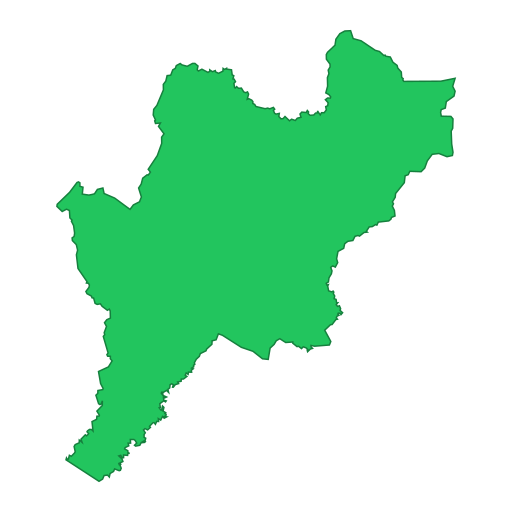 Tonkpi, Dix-Huit Montagnes, Ivory Coast
{"feature_id": "98640826B98350089255378", "entity_name": "Tonkpi", "entity_type": "district", "adm_level": 2, "iso_a3": "CIV", "parent_name": "Ivory Coast", "parent_adm1": "Dix-Huit Montagnes", "projection": "albers", "projection_center": [-7.715, 7.368], "detail": "fine", "context": "isolated", "style": "filled", "palette": "green", "viewbox_px": 512, "rotation_deg": 0, "n_neighbors": 0, "source": "geoboundaries", "source_scale": "gbopen_adm2", "svg_char_len": 5968}
<svg xmlns="http://www.w3.org/2000/svg" viewBox="0 0 512 512"><path d="M209.8,69.9L209.9,71.2L208.0,72.4L201.9,69.2L198.4,71.0L197.2,69.8L198.0,66.0L194.9,63.4L192.6,63.4L187.2,66.3L182.0,64.9L180.2,63.5L176.3,65.6L175.3,68.4L172.8,69.8L170.7,75.2L167.1,75.6L165.8,81.1L163.3,84.4L163.4,89.9L156.9,105.4L153.7,109.3L153.2,115.0L155.5,120.0L154.7,120.8L155.5,123.5L160.4,123.0L158.5,126.4L164.0,133.8L161.6,137.2L161.7,143.4L157.3,155.6L148.2,169.3L150.4,172.1L148.3,175.0L147.1,174.8L142.7,178.2L141.2,184.1L138.6,188.0L141.4,197.0L139.5,201.8L133.4,204.9L130.0,209.4L114.7,198.1L104.1,193.5L102.9,188.0L97.4,189.4L94.5,193.8L92.3,194.4L88.9,195.1L82.3,194.1L83.0,187.2L79.9,186.3L79.9,182.8L78.5,181.9L77.0,182.5L69.6,192.3L57.2,204.3L56.9,206.4L62.2,211.5L66.5,209.2L69.4,210.5L69.9,217.9L72.0,220.1L71.4,221.2L73.6,225.6L74.6,233.1L74.1,236.5L72.1,237.9L72.4,240.6L76.3,244.6L77.6,250.2L76.4,254.8L78.0,268.5L87.0,281.6L86.4,283.0L88.4,283.3L89.4,285.0L89.0,287.3L85.9,291.5L87.0,293.7L91.3,296.0L92.1,297.9L93.6,298.0L95.1,303.4L97.2,304.4L100.4,303.8L102.1,306.3L107.4,310.3L109.3,309.1L110.2,310.9L110.4,318.1L106.8,319.7L104.5,322.7L106.5,326.4L104.2,332.7L104.7,334.7L103.3,336.4L108.1,353.0L106.9,354.6L107.6,356.2L110.4,356.3L110.3,358.7L112.1,360.9L108.4,366.9L98.5,371.5L100.6,383.6L103.1,388.4L102.8,389.6L97.9,390.5L97.8,393.4L95.9,395.2L98.6,403.7L100.0,404.6L101.1,404.1L102.4,400.8L102.3,405.5L96.9,411.1L99.4,415.2L99.0,416.1L96.9,416.2L96.6,419.3L92.0,421.6L93.0,431.0L91.5,429.5L89.5,429.4L87.5,430.9L87.0,431.8L88.6,433.5L88.0,434.5L86.6,435.8L85.3,434.8L81.0,439.2L82.1,442.4L79.3,440.1L79.2,442.8L75.2,444.6L74.1,446.5L75.2,451.6L74.6,452.9L71.3,456.3L69.4,455.3L68.4,459.1L67.4,459.4L66.5,457.9L66.0,459.8L99.0,481.3L102.6,479.1L104.1,475.5L107.6,475.1L109.3,477.0L110.1,473.5L113.6,471.4L114.6,468.9L119.2,470.7L120.4,470.3L121.2,468.2L120.0,465.1L121.2,463.8L119.3,464.7L118.8,463.4L122.9,461.5L122.0,458.9L118.8,455.9L120.7,455.3L122.3,457.8L123.6,457.7L123.6,455.0L127.6,455.4L128.0,452.9L129.7,453.5L127.9,452.5L127.8,450.7L124.6,448.9L125.1,447.6L128.8,445.8L128.1,443.2L130.6,443.1L130.3,439.5L133.9,439.5L135.2,440.5L136.7,443.1L134.5,445.2L135.6,446.1L139.8,445.3L141.1,442.8L144.7,442.4L145.2,441.7L143.2,441.4L145.2,440.3L145.7,438.2L144.1,437.4L144.1,434.5L145.3,432.8L143.5,429.9L145.0,428.6L147.6,429.9L150.4,427.4L149.5,426.3L153.0,422.7L154.1,422.6L155.4,424.3L156.7,421.4L158.6,421.5L158.3,418.6L160.7,420.1L162.5,416.5L164.2,418.2L166.6,416.9L164.1,416.6L165.9,415.7L166.1,414.3L164.9,413.6L165.7,412.7L162.0,410.4L163.3,410.1L163.9,407.4L162.5,406.0L161.8,409.2L160.7,409.9L159.2,407.8L160.3,407.5L159.8,403.7L163.8,400.8L165.5,401.9L166.2,400.9L163.7,400.2L163.4,396.9L164.5,396.5L164.8,397.8L166.5,397.0L163.0,395.4L162.8,393.4L162.1,394.3L161.3,393.4L161.6,392.2L163.6,392.2L166.5,390.4L168.6,392.4L167.9,389.4L169.7,387.9L170.1,384.7L171.7,383.8L173.3,384.6L172.6,387.2L173.3,387.2L175.3,384.6L178.6,383.6L177.6,382.0L181.1,381.3L181.3,379.1L183.5,379.0L186.9,376.4L185.2,375.3L186.2,373.0L188.1,374.3L188.4,372.1L191.6,372.2L191.3,370.2L193.2,368.8L191.7,368.1L193.7,366.8L193.6,365.2L194.8,364.4L194.4,362.7L196.3,359.2L199.3,356.4L200.3,353.6L206.0,350.8L206.6,349.1L211.9,344.3L212.1,340.8L216.1,339.8L218.4,333.8L222.5,335.3L241.3,347.3L253.0,351.3L262.5,358.8L268.2,359.4L270.1,348.1L274.1,344.4L276.3,340.7L279.8,338.7L285.7,342.5L292.8,342.0L292.8,343.2L297.0,346.6L298.6,346.3L301.5,348.6L303.3,346.8L306.3,348.0L308.1,349.8L307.2,350.1L307.6,351.7L310.4,349.0L312.5,348.4L311.0,346.8L311.0,345.4L314.5,346.2L329.4,345.0L330.8,341.5L324.7,330.2L330.5,324.7L332.1,324.5L335.9,319.5L337.4,319.2L336.3,317.8L336.9,316.3L339.0,315.2L337.8,314.2L338.3,313.1L340.2,313.3L341.0,314.6L342.6,312.7L340.1,310.4L340.6,308.6L339.4,305.8L337.6,306.4L336.2,304.7L337.7,302.8L336.6,302.9L336.1,299.4L334.1,298.7L334.7,296.0L333.3,293.6L333.8,292.1L333.1,291.1L331.7,291.9L328.6,290.8L327.7,286.1L328.3,284.7L327.0,285.1L326.2,283.3L328.4,282.0L329.0,277.8L331.4,273.8L332.0,270.9L330.7,267.4L332.7,265.9L335.3,267.1L337.7,262.6L336.6,258.8L338.0,251.4L343.7,248.3L344.7,243.7L347.9,241.3L352.9,240.5L355.0,236.3L358.0,235.5L359.5,236.1L364.0,232.5L367.2,232.1L366.3,231.4L369.2,226.9L372.3,226.6L375.5,224.6L376.9,225.1L378.3,222.1L388.8,220.9L390.9,219.2L391.5,217.4L395.0,216.0L394.4,210.4L392.3,206.1L393.5,203.8L392.4,201.9L395.2,197.3L395.6,193.5L404.3,182.7L405.1,175.8L408.2,174.7L409.8,171.3L421.1,171.7L424.7,168.1L427.3,160.9L432.2,154.3L438.9,153.5L447.0,156.7L452.4,155.5L453.0,152.3L451.7,144.0L451.2,131.1L452.7,128.3L453.0,118.9L450.9,116.4L441.3,116.2L440.6,112.5L441.2,109.6L445.3,108.1L446.3,101.6L454.0,96.1L455.1,91.2L452.7,86.3L455.1,78.3L440.8,81.2L403.8,81.4L402.8,80.0L403.2,78.7L401.7,77.4L401.3,72.0L397.8,68.1L397.1,65.4L392.9,62.2L390.3,57.0L385.7,56.2L385.1,55.1L383.8,55.5L379.5,51.5L375.2,50.3L361.1,40.8L353.2,38.6L350.6,30.7L344.8,31.0L339.9,33.6L335.9,39.2L335.0,45.2L327.5,52.3L326.3,54.6L326.4,59.2L330.0,64.1L330.1,66.9L328.2,70.1L328.9,73.7L327.4,77.6L327.6,86.2L325.8,92.9L328.9,94.6L330.7,96.9L330.3,98.1L327.6,98.0L325.4,99.7L328.1,102.7L327.7,105.7L325.7,106.6L326.3,109.9L324.2,112.7L321.5,112.7L320.2,114.9L317.5,110.9L317.7,112.8L315.5,113.1L313.8,115.0L310.1,115.3L308.1,113.6L308.6,112.0L307.3,110.5L306.3,112.5L301.8,112.1L300.0,114.0L301.0,117.3L297.3,118.2L295.3,120.5L291.6,119.2L289.5,120.8L285.0,116.5L283.1,118.6L281.0,118.8L278.8,116.5L279.3,113.4L276.0,114.1L274.6,113.3L273.4,110.4L274.7,109.2L273.4,107.4L269.7,108.8L267.7,108.1L265.1,108.7L255.9,106.5L254.7,104.4L252.8,103.5L252.9,101.6L251.7,100.1L248.8,98.7L247.2,99.3L248.6,94.1L247.5,91.9L245.7,92.7L243.7,91.9L241.4,88.1L238.5,88.3L236.6,86.6L235.5,88.0L234.6,87.7L233.9,83.3L235.5,81.7L234.1,79.1L232.9,78.9L233.8,75.7L232.2,74.9L231.5,69.8L226.6,69.1L226.6,68.3L224.6,69.4L223.1,68.4L222.9,71.2L218.5,73.3L215.6,71.9L215.3,70.6L212.4,71.7L209.8,69.9Z" fill="#22c55e" stroke="#15803d" stroke-width="1.5"/></svg>